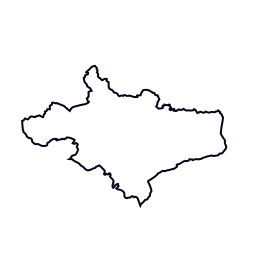 the district of Yen Thuy, Hòa Bình, Vietnam, rotated 301°
{"feature_id": "81297802B65575052729344", "entity_name": "Yen Thuy", "entity_type": "district", "adm_level": 2, "iso_a3": "VNM", "parent_name": "Vietnam", "parent_adm1": "Hòa Bình", "projection": "natural_earth1", "projection_center": [105.632, 20.427], "detail": "fine", "context": "isolated", "style": "outline", "palette": "ink", "viewbox_px": 256, "rotation_deg": 301, "n_neighbors": 0, "source": "geoboundaries", "source_scale": "gbopen_adm2", "svg_char_len": 5689}
<svg xmlns="http://www.w3.org/2000/svg" viewBox="0 0 256 256"><g transform="rotate(301 128 128)"><path d="M79.5,33.6L78.8,34.2L76.9,35.4L75.1,36.8L74.3,37.2L73.8,37.8L72.5,38.6L71.8,39.6L70.8,40.2L70.6,41.5L70.0,43.7L68.6,45.9L68.4,46.7L68.4,47.9L69.0,49.9L68.8,51.3L68.2,52.0L67.6,52.3L66.9,53.1L66.7,53.6L66.5,54.9L66.4,56.8L67.4,58.3L67.9,59.3L68.0,59.7L68.1,62.1L68.5,63.7L69.5,65.6L70.6,66.9L71.7,67.5L73.0,66.9L73.9,66.7L75.2,67.7L76.8,67.9L77.7,68.3L79.8,69.5L80.6,70.1L81.1,71.2L81.8,72.3L81.5,72.5L80.8,72.6L80.7,73.0L80.8,73.4L81.8,74.1L84.0,76.7L85.1,77.4L85.4,79.1L86.8,79.8L87.4,80.4L88.2,80.4L88.5,80.6L89.0,81.5L89.9,84.1L90.0,85.7L90.3,86.7L90.3,88.3L90.1,88.5L89.3,88.5L86.5,88.4L86.6,89.6L86.9,90.4L88.1,90.9L88.4,91.1L88.2,93.2L87.8,93.5L85.5,93.8L85.1,94.1L84.3,95.8L83.7,96.3L83.2,96.5L80.3,96.9L78.2,96.8L77.5,96.3L75.6,94.5L75.1,94.3L73.0,94.3L72.0,94.2L71.2,93.8L71.5,94.4L72.5,96.1L72.2,97.6L72.1,100.3L72.3,101.5L72.4,104.2L71.7,106.4L71.6,107.6L71.6,108.7L71.5,110.0L70.7,112.6L70.8,115.0L71.2,115.7L72.7,117.3L75.0,118.7L76.9,120.4L78.2,120.5L79.0,121.2L81.2,122.7L80.5,126.2L79.7,129.0L79.4,129.9L78.7,130.5L77.9,130.8L76.3,131.1L76.0,131.4L76.0,131.7L76.1,132.5L77.3,132.7L77.6,133.0L77.8,134.5L78.0,135.0L78.5,135.2L79.4,135.2L79.7,135.6L79.5,136.6L79.2,137.0L78.4,137.4L77.4,137.5L77.1,137.7L76.9,138.0L76.0,141.4L75.5,142.4L74.8,143.1L74.3,143.4L73.2,143.4L72.8,143.9L72.4,144.2L71.1,144.1L69.6,145.2L69.1,145.8L69.2,146.2L73.1,146.8L73.7,147.1L74.0,147.5L74.7,147.9L74.8,148.4L73.9,148.8L73.4,149.8L71.4,149.4L70.7,149.4L70.2,149.1L70.0,150.3L70.9,152.9L71.1,153.8L71.2,155.5L71.0,156.7L70.8,157.5L70.5,158.2L67.6,160.1L67.1,161.0L67.0,162.2L67.3,163.2L68.4,164.0L69.0,165.2L69.5,165.6L69.9,165.9L70.4,165.9L71.1,166.3L71.8,166.8L71.9,167.1L71.6,168.7L73.0,169.8L73.1,170.6L72.9,172.0L72.6,172.6L67.8,178.5L69.7,178.3L72.3,179.3L75.2,179.7L76.5,181.1L76.9,181.3L78.9,181.2L80.9,181.7L83.8,180.6L85.7,180.7L86.9,179.9L89.6,176.9L92.3,172.9L92.8,172.6L93.2,172.7L96.1,174.2L100.4,176.2L103.3,177.1L104.5,177.0L106.1,178.2L109.1,179.7L109.6,181.1L110.2,182.0L111.8,183.3L113.7,185.5L115.9,187.3L116.2,188.0L117.0,188.6L119.9,189.9L120.2,189.9L120.5,189.7L121.4,188.7L121.8,188.8L123.7,190.6L128.2,193.0L129.2,194.1L130.6,196.2L131.1,196.6L131.4,196.7L132.9,196.8L133.4,198.2L134.1,198.9L134.1,199.3L133.8,200.0L134.4,200.6L135.8,201.5L136.8,203.2L137.3,204.4L138.4,205.7L139.4,206.7L141.4,207.8L142.1,208.7L144.4,210.5L146.3,212.6L147.4,213.6L148.1,215.8L150.1,218.3L151.1,219.3L151.5,219.5L152.7,219.5L153.1,219.6L153.5,220.0L154.4,221.4L154.9,221.7L159.7,222.4L161.3,222.4L162.4,222.0L163.5,220.8L164.7,219.0L165.8,218.3L166.8,217.8L167.5,217.3L168.3,215.1L170.1,211.8L171.0,210.4L176.6,207.8L182.4,205.6L185.2,204.4L186.3,203.7L186.9,202.3L187.7,201.5L188.0,200.9L188.2,199.2L188.4,198.9L189.1,198.8L189.3,197.1L189.6,196.3L188.4,196.0L187.3,194.7L186.6,194.5L186.0,194.0L185.3,192.1L184.6,191.1L183.6,190.3L182.7,189.1L181.9,186.0L181.7,185.8L180.7,185.7L179.9,184.8L179.4,182.3L179.1,181.5L178.9,181.3L178.1,181.1L177.6,180.2L176.6,179.9L176.6,179.3L177.8,177.3L178.3,176.3L178.3,175.6L178.1,174.9L177.8,174.7L177.0,174.9L176.6,174.6L175.0,172.3L173.6,169.6L173.0,169.1L172.9,167.5L172.7,166.9L173.1,166.0L173.0,165.7L171.5,164.8L170.5,163.9L170.2,162.3L169.8,161.6L168.3,161.3L167.9,160.5L167.1,160.3L167.0,160.1L166.9,159.0L166.4,158.7L166.4,158.2L167.6,158.2L168.0,158.0L168.1,157.6L167.6,157.1L167.2,156.5L165.7,155.8L165.1,155.1L165.1,154.4L165.5,153.9L165.8,153.9L167.4,154.6L167.8,154.3L168.0,152.7L168.3,152.4L169.0,152.2L169.3,152.0L169.3,151.2L168.9,151.0L168.5,151.2L168.3,151.1L166.7,147.1L166.1,147.4L165.6,147.4L165.1,146.4L164.9,146.2L163.8,147.1L163.0,147.4L162.2,146.7L160.5,144.4L160.4,143.8L160.8,142.0L160.8,141.2L161.4,141.0L162.9,141.1L165.2,140.1L168.7,140.1L171.3,136.4L170.6,135.5L170.5,134.6L170.5,133.9L171.6,132.9L171.5,132.1L170.9,131.2L171.1,130.1L171.0,128.6L171.2,126.6L170.6,125.6L170.5,124.7L169.8,123.4L168.7,122.0L168.2,121.5L164.4,121.4L163.1,121.9L162.6,121.8L162.3,121.6L160.7,119.3L160.4,119.0L160.1,119.1L159.5,120.1L159.3,120.1L158.7,118.7L157.7,117.4L156.9,113.8L156.6,113.2L156.4,112.2L155.5,111.5L155.2,111.0L154.9,110.2L154.5,108.1L154.1,107.6L153.1,107.4L152.8,106.5L152.3,105.5L152.0,105.1L151.0,104.5L150.8,103.9L150.9,102.8L151.7,101.7L151.9,100.6L151.8,99.5L151.3,97.6L152.0,96.1L152.3,95.0L152.1,92.0L152.5,91.1L154.1,89.7L157.2,87.9L157.3,87.6L157.2,85.5L157.5,85.2L159.0,84.6L158.9,84.0L158.1,82.7L157.2,82.1L155.8,81.5L155.7,81.3L155.7,80.8L156.2,78.7L156.3,76.5L157.1,75.4L158.5,74.9L159.1,74.3L159.7,72.7L161.3,72.5L161.8,72.0L162.2,70.8L163.4,70.4L164.2,67.5L163.3,66.8L162.5,65.9L162.1,65.6L160.8,65.2L157.9,64.6L155.0,63.5L154.4,63.5L154.7,64.9L154.7,65.5L153.8,65.9L153.1,65.8L152.3,64.8L151.2,64.2L150.8,64.2L150.1,64.7L149.6,64.8L148.9,64.7L148.4,64.2L147.6,64.7L146.6,65.7L145.2,66.8L143.7,71.0L143.1,71.2L142.8,71.5L142.5,73.9L142.6,74.5L142.6,75.2L141.1,77.6L140.3,76.7L139.3,76.0L138.1,75.7L137.5,76.4L135.8,77.3L135.1,77.9L134.3,77.8L133.4,78.1L132.3,77.5L132.0,77.6L130.6,79.4L130.3,80.1L130.2,81.0L129.1,80.8L126.7,79.3L122.3,74.5L121.3,73.7L120.5,72.7L119.5,71.9L118.2,70.5L115.9,69.3L112.6,69.3L113.9,61.7L112.7,54.1L112.2,53.9L111.8,53.0L111.3,51.1L110.7,50.0L110.3,50.0L109.1,50.6L108.7,50.7L107.4,49.8L106.7,49.6L106.1,49.9L104.0,51.4L103.7,51.3L102.7,49.4L102.6,49.2L100.9,49.5L99.3,48.3L97.9,49.4L96.4,48.9L93.9,49.7L93.6,49.6L93.3,48.7L93.2,46.9L93.3,45.6L91.8,44.5L90.9,43.3L90.3,43.0L89.7,43.0L89.5,42.8L89.0,41.7L88.9,40.9L88.0,39.0L87.6,38.7L86.4,38.3L83.9,37.8L83.6,37.3L83.1,34.8L81.0,34.6L80.2,34.2L79.5,33.6Z" fill="none" stroke="#020617" stroke-width="2"/></g></svg>